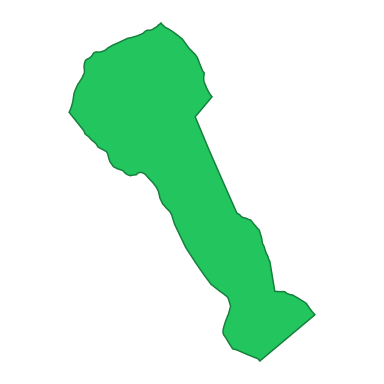 Anse Galet, Anse-la-Raye, Saint Lucia (Equal Earth projection)
{"feature_id": "8701671B94073395823663", "entity_name": "Anse Galet", "entity_type": "district", "adm_level": 2, "iso_a3": "LCA", "parent_name": "Saint Lucia", "parent_adm1": "Anse-la-Raye", "projection": "equal_earth", "projection_center": [-61.043, 13.932], "detail": "fine", "context": "isolated", "style": "filled", "palette": "green", "viewbox_px": 384, "rotation_deg": 0, "n_neighbors": 0, "source": "geoboundaries", "source_scale": "gbopen_adm2", "svg_char_len": 4506}
<svg xmlns="http://www.w3.org/2000/svg" viewBox="0 0 384 384"><path d="M314.8,314.9L314.9,314.6L312.0,311.5L308.9,307.3L306.3,303.4L303.9,301.8L299.0,298.7L292.6,295.0L289.7,294.5L287.0,293.5L284.6,291.6L278.8,291.6L274.8,291.3L269.8,261.1L269.3,260.6L269.2,260.3L269.1,260.1L268.9,259.6L268.5,258.8L268.1,257.4L267.9,256.6L267.8,256.1L267.5,255.5L267.3,255.0L266.9,254.7L266.6,254.0L266.3,253.3L266.2,253.0L265.9,252.1L265.7,251.7L265.4,250.9L265.0,249.7L264.8,248.9L264.4,247.5L264.2,247.0L263.6,245.5L262.9,244.3L262.5,243.5L262.4,243.0L262.2,241.8L262.1,241.3L262.1,241.0L261.9,239.8L261.8,238.7L261.5,237.6L261.4,237.2L261.1,236.1L260.6,234.8L260.3,233.7L260.2,233.3L260.0,232.6L259.7,231.4L259.2,230.2L258.7,229.5L258.3,229.1L257.9,228.7L257.3,228.1L256.0,226.5L253.2,223.3L252.9,222.8L251.9,221.6L251.6,221.2L251.2,220.7L250.8,220.2L250.2,219.9L249.8,219.7L249.2,219.6L248.7,219.5L248.2,219.3L247.7,219.0L245.7,218.1L245.1,218.0L244.1,217.8L243.3,217.6L242.3,217.2L241.6,216.8L240.6,215.8L240.2,215.3L239.4,214.5L239.2,214.4L238.8,214.2L238.2,213.8L237.7,213.6L237.4,213.4L237.0,213.4L221.7,178.8L209.8,151.7L205.8,142.2L195.2,116.8L201.9,108.9L212.0,96.8L211.9,96.6L211.6,96.3L211.2,95.7L210.3,94.6L209.8,93.8L209.5,93.5L209.2,93.0L208.4,91.4L207.4,89.6L207.1,88.9L206.8,88.4L206.2,86.8L205.1,84.4L204.2,82.0L204.0,81.6L203.9,81.3L203.9,81.0L203.8,80.2L203.7,78.7L203.7,77.9L203.7,77.4L203.8,76.5L203.9,76.1L204.0,74.7L204.1,74.2L204.3,73.5L204.2,72.9L204.1,72.7L203.6,72.1L203.2,71.7L202.7,71.1L201.7,68.6L201.3,67.7L199.3,62.7L198.2,59.6L197.1,57.2L195.1,54.4L194.8,54.1L192.9,52.3L190.9,50.1L190.2,49.5L189.3,48.5L188.5,47.6L185.5,43.4L184.9,42.6L184.0,41.3L182.1,38.8L181.9,38.7L181.5,38.4L180.2,37.4L179.2,36.5L179.0,36.4L177.9,35.5L177.7,35.3L173.1,31.9L168.7,29.1L168.0,28.7L165.3,27.4L162.2,24.4L161.6,23.8L161.4,23.6L161.3,23.4L160.9,23.0L160.2,23.8L158.0,25.3L157.3,26.4L155.1,27.7L153.9,28.5L152.9,29.1L151.8,29.8L151.4,29.9L149.8,30.2L148.6,30.2L148.4,30.2L147.6,30.2L146.5,30.5L146.1,30.8L145.2,31.4L144.6,31.9L144.4,32.0L143.1,33.3L142.9,33.5L140.1,34.7L137.2,35.8L136.7,36.0L131.8,37.5L128.5,38.1L127.6,38.3L127.4,38.4L126.2,39.0L122.5,40.7L120.4,41.7L118.7,42.6L118.1,42.8L112.5,45.2L110.9,46.2L110.8,46.4L109.1,47.3L108.5,47.5L107.7,48.1L107.5,48.3L107.2,48.8L106.8,49.0L106.2,49.3L105.4,50.0L105.2,50.3L103.5,51.0L102.2,51.4L101.0,51.8L100.6,51.9L99.3,52.0L98.8,52.0L98.0,52.1L97.1,52.1L96.6,51.9L96.2,51.9L95.8,52.0L94.4,52.5L93.4,53.3L93.0,53.9L92.7,54.5L92.6,55.0L92.2,55.4L91.2,56.5L90.4,57.2L90.1,57.5L89.8,57.8L89.5,57.9L88.6,58.5L87.4,59.0L87.1,59.1L86.6,59.5L85.9,60.0L85.5,60.3L85.1,61.3L84.8,62.2L84.5,63.3L84.3,64.3L84.2,65.3L84.0,66.5L84.0,66.8L84.1,67.5L84.4,69.9L84.4,70.9L84.4,72.3L84.2,73.2L84.1,73.7L83.5,74.7L82.7,76.2L82.3,77.5L82.0,78.0L80.8,79.9L79.8,81.4L79.2,82.4L78.6,83.4L78.1,83.9L77.7,84.7L76.2,87.8L75.3,90.0L75.1,90.5L74.5,92.1L74.2,93.0L74.0,93.4L73.7,95.6L73.6,96.3L73.3,98.3L73.0,100.0L73.0,100.7L72.9,101.4L72.6,102.2L72.5,103.0L72.3,103.7L71.8,105.2L71.2,107.3L70.7,108.9L70.5,109.2L70.2,109.8L70.0,110.3L69.4,111.8L69.1,112.3L83.8,130.7L85.1,134.0L88.8,136.8L89.6,137.9L91.2,139.5L91.3,139.7L94.6,142.4L96.2,144.0L98.1,147.1L100.6,148.5L102.8,149.6L106.2,151.5L106.7,152.1L107.6,153.6L108.8,158.4L108.9,158.7L109.9,161.5L110.2,162.0L110.8,163.0L113.5,166.7L117.5,168.8L123.0,170.6L123.7,171.6L125.6,173.5L126.9,174.3L128.0,174.9L130.3,175.7L134.1,174.9L135.4,174.9L136.4,174.7L136.9,174.2L137.3,173.8L138.3,172.8L140.5,172.4L141.0,172.5L141.7,172.5L144.2,173.6L145.9,175.0L147.9,177.4L150.5,180.1L150.8,180.5L151.0,180.7L152.8,182.6L153.7,183.8L156.1,186.8L156.8,188.1L158.6,191.8L159.9,198.0L162.6,203.8L166.3,208.0L169.1,210.8L170.0,211.9L171.1,213.9L171.6,214.7L174.0,222.4L174.7,224.5L184.1,244.1L185.8,247.6L195.6,262.7L203.7,274.4L211.1,284.4L212.8,285.7L215.6,287.9L220.2,291.5L222.5,293.1L224.0,294.2L225.7,295.6L226.8,296.4L227.6,297.2L228.2,298.5L228.7,299.7L229.2,301.4L229.5,302.5L230.3,305.0L230.3,305.3L230.4,305.7L230.5,306.2L230.4,307.0L229.9,308.8L229.1,311.7L228.5,313.7L228.3,314.6L227.6,316.0L226.5,318.9L225.9,320.2L225.5,321.4L225.2,322.4L224.7,323.9L224.5,324.6L224.1,325.8L223.4,328.5L223.1,330.4L223.0,332.5L223.7,334.9L224.1,335.4L224.9,336.5L226.1,338.2L226.9,339.5L227.9,341.4L229.1,343.3L230.6,345.7L231.8,347.5L232.2,348.2L232.6,348.7L232.9,349.0L235.6,349.5L235.8,349.6L237.6,350.3L245.0,353.5L250.7,355.9L258.2,358.9L259.8,361.0L265.7,356.1L314.8,314.9Z" fill="#22c55e" stroke="#15803d" stroke-width="1.5"/></svg>